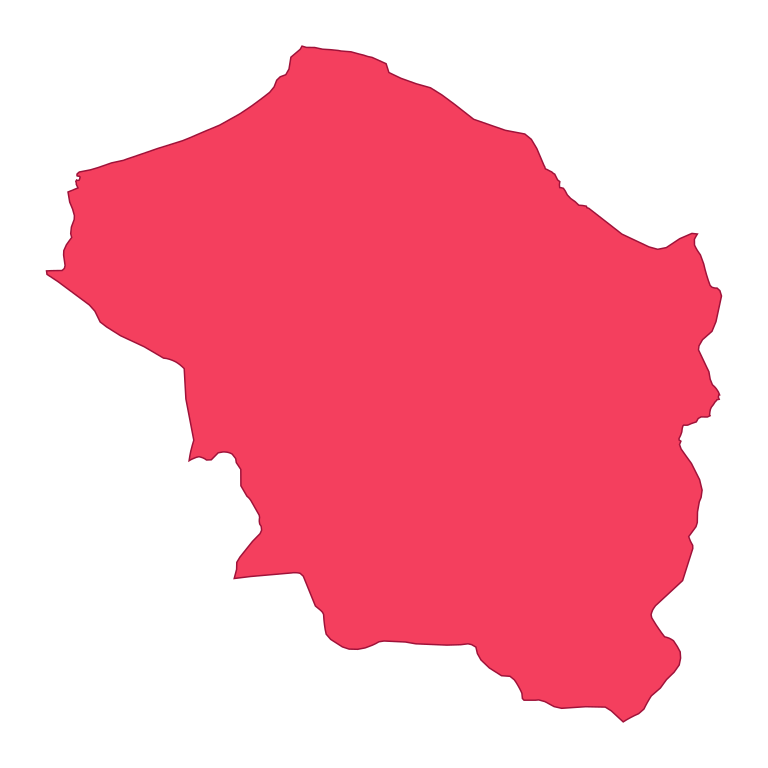 Carasova, Caras-Severin, Romania (Equal Earth projection)
{"feature_id": "2599482B41330185551696", "entity_name": "Carasova", "entity_type": "district", "adm_level": 2, "iso_a3": "ROU", "parent_name": "Romania", "parent_adm1": "Caras-Severin", "projection": "equal_earth", "projection_center": [21.908, 45.181], "detail": "fine", "context": "isolated", "style": "filled", "palette": "rose", "viewbox_px": 768, "rotation_deg": 0, "n_neighbors": 0, "source": "geoboundaries", "source_scale": "gbopen_adm2", "svg_char_len": 4454}
<svg xmlns="http://www.w3.org/2000/svg" viewBox="0 0 768 768"><path d="M679.2,665.0L680.6,658.1L680.2,651.9L677.3,646.5L673.6,640.9L673.3,640.6L671.3,639.3L669.2,638.2L666.9,637.4L664.6,636.8L661.6,632.9L658.8,628.9L656.1,624.9L653.5,620.7L651.7,617.7L651.1,614.6L651.8,612.2L652.7,609.9L654.0,607.8L655.5,605.7L682.6,580.6L692.8,548.5L692.7,545.4L691.5,543.2L690.4,541.1L689.5,538.8L688.7,536.6L696.0,526.7L697.3,522.5L697.5,511.9L699.3,501.8L701.1,497.4L702.1,490.1L699.6,479.7L691.4,463.4L686.2,456.2L681.1,449.0L679.5,444.5L680.9,441.2L680.0,440.6L679.1,440.0L679.0,438.6L680.7,435.1L681.8,431.9L682.2,428.6L682.9,425.9L683.8,425.1L685.3,425.2L686.5,425.2L687.2,425.1L687.8,425.1L691.5,423.5L696.3,421.9L697.2,420.3L698.2,418.5L701.1,416.9L707.4,417.0L710.1,415.7L709.6,414.7L709.9,411.9L710.4,409.4L710.9,408.2L711.5,407.0L713.4,404.6L714.8,402.3L716.6,400.4L717.0,399.6L718.1,399.5L719.2,399.3L718.7,398.0L718.3,397.1L718.6,396.0L718.8,395.0L719.6,394.9L718.4,392.0L717.4,390.4L716.4,388.9L715.2,387.4L713.8,386.0L713.1,385.4L712.4,384.7L710.2,379.3L708.9,371.7L706.6,367.0L698.5,349.9L699.0,345.8L702.5,339.7L712.0,331.3L716.0,321.6L721.5,296.0L719.9,290.7L717.1,288.1L715.9,288.1L714.7,288.0L713.6,287.7L712.5,287.4L711.8,287.1L710.1,285.4L708.2,280.1L706.5,274.7L705.0,269.3L703.7,263.9L700.4,254.9L698.8,252.6L697.2,250.2L695.8,247.7L694.5,245.1L694.4,239.3L696.1,236.1L697.4,234.0L691.9,233.4L679.7,238.7L666.3,247.6L657.7,249.3L649.0,246.9L621.9,234.1L588.8,208.3L586.9,207.7L586.4,206.2L582.7,205.5L578.8,205.2L575.3,201.8L570.7,198.5L567.3,194.9L565.2,190.9L563.4,188.3L561.1,187.7L559.7,187.6L559.4,184.7L559.8,181.6L557.6,179.9L554.7,174.1L553.5,173.5L551.7,171.9L550.0,171.1L547.2,169.6L545.3,168.8L544.7,166.6L544.1,165.7L536.8,148.5L531.3,139.3L524.8,134.0L505.3,130.3L473.7,119.3L454.8,104.5L442.0,95.0L430.5,87.8L425.6,86.4L416.0,83.7L401.0,78.3L392.6,74.3L388.9,72.5L386.1,63.7L382.1,61.9L372.1,57.4L367.8,56.5L363.5,55.1L359.0,54.0L351.0,51.8L341.0,51.0L338.5,50.5L330.7,49.7L322.6,49.2L314.7,47.5L306.4,47.4L302.0,46.1L300.2,49.3L290.9,57.2L289.0,69.0L285.8,74.7L280.2,76.8L276.7,80.2L274.1,86.9L269.7,92.3L264.1,96.7L258.1,101.2L252.0,105.7L245.8,109.9L239.4,114.1L219.5,125.2L207.0,130.4L200.9,133.0L188.8,138.2L182.6,140.7L157.9,148.4L142.3,153.8L126.7,159.1L123.5,160.3L117.5,161.6L111.5,162.9L98.3,167.5L90.6,169.8L79.3,172.0L78.1,173.0L77.0,174.1L77.0,175.8L78.1,176.2L79.2,176.2L80.1,177.1L79.6,179.1L79.0,180.3L77.2,180.4L76.6,180.0L75.8,181.4L76.3,183.0L76.3,184.4L78.0,187.9L68.0,192.0L69.7,202.1L72.6,209.1L74.4,215.6L74.2,219.5L71.4,227.0L70.7,233.7L71.7,237.5L69.0,241.1L66.4,244.8L63.8,250.6L63.6,255.0L65.1,265.6L64.7,267.0L64.4,268.4L62.1,270.5L55.3,270.6L50.9,270.7L46.5,270.9L47.0,274.4L57.8,281.5L89.4,305.0L94.9,311.2L100.2,322.0L106.7,327.0L120.5,335.7L144.3,346.8L163.5,358.1L166.6,358.5L169.6,359.3L172.6,360.4L175.4,361.7L177.4,362.9L179.9,364.7L182.1,366.6L184.2,368.6L185.9,399.0L193.8,440.2L192.3,445.3L191.0,450.4L190.9,450.6L189.9,455.7L189.1,460.7L191.4,459.4L193.9,458.3L196.4,457.3L199.0,456.7L201.0,457.2L203.0,457.9L204.8,458.8L206.5,460.0L211.3,459.8L218.2,452.8L222.6,452.0L223.9,451.9L225.1,452.0L226.4,452.1L227.6,452.3L228.8,452.6L230.0,453.0L231.1,453.5L232.2,454.1L235.7,458.6L236.3,462.6L240.8,469.4L240.9,485.8L247.0,496.3L248.1,497.2L249.1,498.2L250.0,499.3L250.8,500.4L259.2,515.2L259.6,517.5L259.4,518.8L259.3,520.2L259.3,521.5L259.5,522.8L259.7,524.0L261.2,526.4L261.6,530.2L260.1,533.6L252.5,541.4L240.0,557.0L236.8,562.3L236.6,569.4L234.2,578.5L250.6,576.5L291.8,572.9L293.1,572.7L294.5,572.7L295.9,572.7L297.3,572.8L298.7,573.0L300.1,573.3L303.3,576.2L315.4,606.0L320.6,610.3L321.4,611.1L322.1,611.8L322.7,612.7L323.2,613.6L323.6,614.5L324.0,620.3L324.5,624.8L325.2,629.5L326.2,634.2L330.7,639.4L342.4,646.9L349.1,649.1L357.7,649.3L364.6,648.0L365.4,647.8L368.9,646.5L372.3,645.2L375.7,643.6L378.9,641.8L384.0,641.0L405.4,642.0L415.7,643.8L446.9,645.1L460.7,644.7L468.0,643.8L471.6,644.6L475.9,647.1L477.4,653.6L481.0,660.0L489.4,668.0L501.5,675.7L510.0,676.3L514.3,679.8L516.1,682.4L517.8,685.2L519.3,687.9L520.8,690.8L521.9,693.3L522.4,698.5L524.0,700.2L535.4,700.2L538.7,699.9L544.9,701.6L554.1,706.6L561.6,708.3L585.7,706.7L605.3,707.1L611.2,710.8L623.2,721.9L626.9,719.6L630.7,717.5L634.6,715.5L638.6,713.7L643.9,709.1L645.6,705.7L647.4,702.4L649.3,699.1L651.3,695.9L660.4,688.0L666.5,679.6L674.1,672.2L679.2,665.0Z" fill="#f43f5e" stroke="#9f1239" stroke-width="1.5"/></svg>